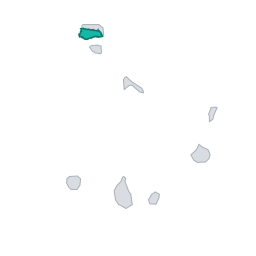 Sao Joao Baptista, Porto Novo, Cabo Verde (highlighted), rotated 26°
{"feature_id": "66160863B46579427106888", "entity_name": "Sao Joao Baptista", "entity_type": "district", "adm_level": 2, "iso_a3": "CPV", "parent_name": "Cabo Verde", "parent_adm1": "Porto Novo", "projection": "orthographic", "projection_center": [-25.144, 17.011], "detail": "fine", "context": "in_parent", "style": "filled", "palette": "teal", "viewbox_px": 256, "rotation_deg": 26, "n_neighbors": 0, "source": "geoboundaries", "source_scale": "gbopen_adm2", "svg_char_len": 3929}
<svg xmlns="http://www.w3.org/2000/svg" viewBox="0 0 256 256"><g transform="rotate(26 128 128)"><path d="M165.4,195.0L161.5,201.2L152.8,200.8L148.4,198.2L143.1,190.5L143.3,184.5L145.1,179.2L144.7,174.7L145.4,173.5L148.1,174.2L148.6,177.3L156.5,184.7L159.4,186.1L165.4,195.0ZM52.9,64.5L46.6,65.9L43.9,65.3L43.0,59.9L41.8,56.3L42.1,54.8L56.5,47.8L61.6,49.0L65.1,54.5L62.7,57.6L52.9,64.5ZM198.9,111.6L204.3,112.8L206.3,112.3L209.8,112.6L213.5,116.1L214.2,119.8L212.5,124.6L205.3,128.5L201.2,128.1L196.3,124.6L199.0,117.6L198.9,111.6ZM109.1,205.6L104.0,208.2L100.5,207.0L97.1,204.4L95.4,200.6L96.7,197.2L103.6,193.3L107.7,194.6L109.9,200.6L109.1,205.6ZM122.9,86.2L125.6,88.2L126.5,89.6L122.5,90.4L112.8,87.8L110.3,89.4L107.7,95.1L102.8,86.6L103.1,83.5L104.2,82.6L111.0,84.8L122.9,86.2ZM182.4,186.1L180.6,186.4L177.8,183.4L178.4,179.1L178.1,178.0L180.5,173.5L185.2,173.9L186.4,177.2L186.7,184.0L182.4,186.1ZM71.1,73.2L65.8,74.8L62.5,74.6L57.8,72.2L59.3,69.7L64.4,66.8L67.9,66.2L70.8,71.3L71.1,73.2ZM200.4,83.1L198.4,86.6L195.8,81.5L194.4,80.4L193.7,73.1L197.4,70.9L199.2,70.7L199.4,78.2L200.4,83.1Z" fill="#d9dde1" stroke="#a8b0b8" stroke-width="1"/><path d="M58.7,53.3L58.5,53.1L58.3,53.2L58.2,53.1L58.2,53.3L58.0,53.5L58.2,53.8L58.0,54.0L57.9,54.1L57.7,54.1L57.6,54.3L57.4,54.3L57.4,54.2L57.1,54.4L56.8,54.4L56.6,54.4L56.3,54.5L56.2,54.5L55.9,54.8L55.4,54.9L54.8,55.1L54.6,55.4L54.4,55.4L54.2,55.3L54.2,55.1L53.9,55.2L53.7,55.3L53.5,55.2L53.4,55.3L53.4,55.2L53.3,55.3L53.1,55.2L53.0,55.3L52.9,55.3L52.6,55.6L52.3,55.7L52.2,55.9L52.2,56.0L51.9,56.2L51.8,56.3L51.6,56.3L51.3,56.2L51.0,56.3L50.9,56.2L50.6,56.3L50.4,56.4L50.1,56.3L49.9,56.3L49.7,56.4L49.6,56.5L49.4,56.4L49.2,56.6L48.8,56.8L48.7,57.0L48.4,57.0L48.2,57.2L47.8,57.4L47.6,57.4L47.2,57.4L46.7,57.6L46.3,57.5L46.0,57.7L45.9,57.9L45.7,58.0L45.4,58.2L45.2,58.2L45.1,58.3L44.9,58.2L44.6,58.1L44.4,57.9L44.2,57.9L43.9,58.2L43.8,58.3L43.6,58.6L43.4,58.7L43.3,58.8L43.1,58.9L42.7,59.1L42.4,59.1L42.2,59.2L42.1,59.4L42.3,59.4L42.5,59.6L42.6,59.8L42.7,59.7L42.9,60.1L43.0,60.3L43.1,60.5L43.2,60.8L43.2,61.1L43.3,61.6L43.2,61.7L43.2,61.9L43.3,61.9L43.2,62.0L43.2,62.3L43.1,62.5L43.2,62.8L43.3,62.9L43.4,63.0L43.5,63.3L43.7,63.5L43.8,64.1L43.7,64.4L43.5,64.6L43.4,64.6L43.3,64.8L43.2,64.9L43.2,65.2L43.2,65.3L43.3,65.4L43.2,65.4L43.3,65.5L43.5,65.8L43.4,66.0L43.5,66.0L43.8,66.5L44.1,66.9L44.3,67.0L44.6,67.3L44.8,67.1L45.0,67.0L45.2,66.9L45.4,66.8L45.4,66.7L45.7,66.6L46.0,66.6L46.2,66.4L46.3,66.3L46.7,66.2L46.8,66.2L47.0,66.2L47.1,66.3L47.1,66.2L47.1,66.3L47.2,66.2L47.3,66.2L47.4,66.3L47.5,66.2L47.8,66.3L47.9,66.2L48.2,66.3L48.3,66.5L48.5,66.6L48.8,66.7L48.8,66.8L49.0,66.9L49.3,66.8L49.7,66.7L49.9,66.8L50.0,66.8L50.1,67.0L50.4,67.0L50.5,67.1L50.8,67.0L51.0,66.7L51.3,66.5L51.6,66.4L51.8,66.4L52.0,66.4L52.3,66.2L52.5,66.2L52.6,65.9L52.9,65.7L53.0,65.5L53.1,65.4L53.2,65.2L53.3,65.2L53.5,64.9L53.7,64.7L53.8,64.4L53.9,64.2L54.0,64.0L54.1,63.9L54.3,63.8L54.5,63.7L55.0,63.6L55.3,63.1L55.5,62.9L55.6,62.7L55.8,62.8L55.8,62.5L55.9,62.4L56.0,62.5L56.0,62.4L56.2,62.2L56.3,62.1L56.4,61.9L56.5,61.9L56.7,61.7L56.9,61.3L57.3,61.1L57.5,61.0L57.5,60.8L57.6,60.7L57.8,60.6L57.9,60.4L58.0,60.4L58.2,60.2L58.3,60.0L58.5,60.0L58.8,59.9L59.0,59.8L59.1,59.7L59.2,59.8L59.4,59.7L59.6,59.7L59.8,59.7L59.9,59.8L60.0,59.7L60.0,59.9L60.1,59.7L60.3,59.7L60.5,59.7L60.8,59.6L61.0,59.5L61.2,59.4L61.2,59.2L61.3,59.1L61.5,59.0L61.8,59.0L61.8,58.9L62.2,58.8L62.3,58.7L62.5,58.6L62.7,58.4L62.9,58.4L63.2,58.1L63.3,58.0L63.6,57.9L63.8,57.7L64.0,57.5L64.2,57.4L64.3,57.4L64.6,57.2L64.6,56.9L64.7,56.7L64.8,56.7L65.0,56.4L64.8,56.3L64.5,56.3L64.4,56.3L64.4,56.1L64.2,56.1L64.0,55.9L63.9,55.9L63.6,55.8L63.4,55.7L63.1,55.7L63.0,55.3L62.9,55.3L62.7,55.2L62.5,54.9L62.5,54.7L62.4,54.6L62.2,54.6L62.1,54.4L61.6,54.1L61.4,54.0L61.2,53.9L60.9,53.8L60.7,53.8L60.2,53.8L60.1,53.7L60.0,53.9L59.7,53.9L59.4,53.6L59.4,53.4L59.2,53.3L59.1,53.2L58.7,53.3Z" fill="#14b8a6" stroke="#0f766e" stroke-width="1.5"/></g></svg>